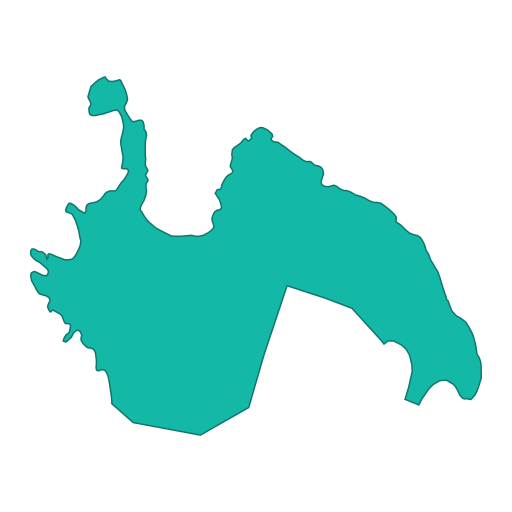 outline of Tapion, Castries, Saint Lucia
{"feature_id": "8701671B53172954238098", "entity_name": "Tapion", "entity_type": "district", "adm_level": 2, "iso_a3": "LCA", "parent_name": "Saint Lucia", "parent_adm1": "Castries", "projection": "robinson", "projection_center": [-61.005, 14.014], "detail": "fine", "context": "isolated", "style": "filled", "palette": "teal", "viewbox_px": 512, "rotation_deg": 0, "n_neighbors": 0, "source": "geoboundaries", "source_scale": "gbopen_adm2", "svg_char_len": 5956}
<svg xmlns="http://www.w3.org/2000/svg" viewBox="0 0 512 512"><path d="M418.8,404.9L420.5,401.9L421.3,399.9L421.9,398.8L425.1,394.3L428.9,388.8L433.1,384.6L439.3,380.9L441.0,380.5L446.7,380.2L448.2,381.3L452.8,383.9L455.3,386.3L457.1,389.4L460.0,395.3L462.8,398.4L464.8,398.9L466.4,398.6L469.0,399.2L470.8,399.5L472.1,398.3L475.0,394.9L476.8,391.6L479.2,384.8L481.3,377.8L481.1,367.8L480.9,363.7L480.5,361.4L479.2,357.8L477.5,355.0L477.0,354.0L475.9,346.5L475.2,343.3L474.1,339.3L473.2,335.6L471.6,332.2L469.1,327.4L466.9,324.0L465.9,322.3L462.8,319.8L460.5,318.2L455.7,315.3L452.6,311.8L451.2,309.8L450.6,307.7L449.6,305.2L448.2,301.0L447.0,300.2L446.0,296.8L442.9,287.7L439.6,276.7L438.4,273.7L438.0,272.4L437.4,271.0L435.4,268.1L433.0,263.7L430.6,259.9L429.9,258.1L429.6,256.7L428.5,254.1L426.0,250.1L424.6,245.0L423.5,242.8L422.6,240.9L420.3,237.4L417.2,235.5L413.3,234.6L409.5,233.0L405.9,230.2L402.1,226.3L399.4,224.0L396.7,222.4L395.6,220.8L396.2,220.0L396.4,218.5L396.2,217.1L394.6,214.7L391.6,211.7L389.0,209.4L385.9,206.9L381.1,203.3L377.5,202.5L373.8,202.4L370.3,201.2L367.8,199.9L364.3,197.8L359.0,195.9L355.5,194.9L349.8,191.6L346.6,190.6L343.6,190.5L340.2,189.0L336.9,186.5L334.3,185.3L333.2,185.4L328.4,186.7L324.8,186.4L321.7,184.6L321.1,181.0L321.8,179.2L322.5,176.8L323.6,174.1L322.8,169.8L321.2,167.4L318.5,166.0L314.9,165.3L312.3,163.2L311.4,162.1L309.0,161.4L307.3,161.7L306.5,161.6L303.7,160.7L299.6,157.5L294.9,154.5L292.2,152.7L289.1,150.4L285.0,147.0L283.5,146.1L280.0,143.8L278.3,142.4L273.6,141.7L271.4,140.3L271.4,138.3L271.8,137.6L272.7,136.5L272.2,134.2L270.7,132.7L267.9,130.3L265.6,129.0L263.2,127.9L261.4,127.5L259.5,127.8L257.2,128.9L256.2,129.6L253.9,131.4L252.4,133.1L251.0,135.4L251.0,136.4L251.8,137.4L250.9,139.0L248.6,141.0L247.1,140.2L245.8,138.3L244.3,139.0L242.8,140.4L240.7,143.1L238.1,145.0L234.1,147.7L232.4,149.8L231.8,154.3L232.4,158.2L231.8,160.2L230.2,166.2L230.7,167.4L231.5,168.5L232.5,170.3L232.7,171.8L231.7,173.4L230.8,173.9L228.6,174.9L227.1,176.2L225.7,177.7L223.5,181.4L221.9,184.7L221.0,188.8L220.1,189.6L218.4,189.3L217.1,189.9L216.0,191.9L215.2,193.3L218.1,197.7L219.3,199.6L220.1,201.6L221.5,206.2L221.4,208.1L220.1,209.5L216.9,210.3L215.0,211.6L213.5,213.8L212.5,216.7L212.0,217.9L212.1,220.7L213.1,223.2L213.9,225.9L213.5,228.0L210.6,231.1L207.7,233.0L203.6,235.2L199.9,236.1L197.2,236.3L196.0,236.3L193.6,235.8L191.7,235.3L183.1,236.1L179.3,236.3L174.5,236.2L171.5,236.0L164.9,232.8L160.7,230.6L157.3,228.8L155.5,227.7L152.6,225.3L149.3,222.4L148.3,221.4L147.3,220.3L145.7,218.2L144.2,216.1L141.5,211.6L140.2,209.8L140.5,207.3L141.4,205.1L144.0,200.3L144.8,198.5L145.9,194.9L146.5,191.2L146.3,189.2L145.9,186.8L146.1,183.8L148.1,180.5L147.4,178.6L146.1,176.6L145.5,175.0L147.9,170.6L146.8,168.0L145.8,166.8L145.2,163.8L145.7,159.3L145.2,154.2L145.3,143.7L145.5,140.7L146.2,136.6L146.5,135.2L146.0,131.9L144.1,129.1L144.0,125.0L143.0,121.6L141.6,120.3L139.2,120.2L136.0,121.2L133.3,121.7L131.8,121.1L129.7,118.2L128.0,115.5L125.0,110.5L124.4,107.2L124.5,106.1L126.1,103.5L127.2,100.7L127.5,99.2L126.9,95.6L126.1,92.8L125.5,90.6L124.3,87.8L121.9,83.1L120.9,80.7L119.7,79.7L117.2,80.5L114.4,81.2L111.7,81.5L108.6,81.1L106.3,78.9L105.1,76.9L103.3,77.5L98.2,80.1L94.4,83.3L91.2,86.3L89.7,90.5L88.7,94.4L88.0,96.2L88.4,98.3L90.3,101.7L90.9,104.1L89.6,107.1L88.9,107.9L89.0,110.7L89.3,112.7L89.8,114.2L91.2,115.3L93.2,115.6L95.3,115.5L96.5,115.3L98.5,114.7L100.5,114.5L104.6,113.5L106.9,112.7L110.7,111.4L112.8,110.7L114.8,110.2L116.6,109.9L118.4,110.9L119.0,111.7L119.6,112.7L121.9,117.1L123.5,124.7L123.6,126.6L123.6,128.4L123.3,129.5L122.5,133.7L121.3,137.7L120.7,141.3L120.9,144.7L121.2,146.1L122.3,152.7L123.1,156.2L123.0,158.6L122.7,161.6L122.3,164.5L121.8,166.1L121.6,167.8L122.1,168.5L124.3,168.8L125.7,168.7L126.8,168.8L127.6,169.4L128.6,171.1L127.8,173.3L126.7,175.5L125.1,178.0L123.6,180.2L121.6,182.2L118.5,186.7L116.5,190.0L115.6,190.7L114.8,190.9L113.1,191.0L109.7,190.9L106.9,192.1L104.9,193.7L103.6,195.8L101.9,197.8L100.8,199.2L97.6,201.2L96.4,201.9L95.3,202.2L92.3,202.9L89.9,203.2L87.3,204.6L86.3,206.5L86.0,208.7L86.1,210.1L85.8,211.7L84.0,213.2L82.3,211.9L78.6,209.8L76.2,207.1L73.7,205.0L71.2,203.6L69.4,203.1L67.7,205.1L66.3,208.0L65.6,210.4L66.4,212.0L68.1,212.4L69.9,213.1L71.0,213.6L72.4,214.5L74.5,218.5L75.3,220.1L75.7,221.2L77.4,226.2L78.5,229.9L78.9,231.6L79.3,233.9L79.4,234.9L80.1,238.2L80.9,241.0L80.4,244.4L79.8,246.7L77.3,252.2L75.3,255.6L73.3,258.3L71.6,259.3L68.5,259.8L65.0,259.8L55.6,256.3L51.5,254.3L48.8,253.8L47.9,254.5L48.1,257.0L47.0,259.1L46.0,255.4L44.5,253.6L42.6,252.1L40.8,251.6L38.9,251.6L37.5,251.1L35.6,249.7L33.4,248.9L31.7,249.2L30.7,251.2L30.7,254.2L31.5,256.0L33.7,258.5L36.3,260.7L39.6,262.4L47.1,268.8L48.4,271.0L48.0,273.9L46.3,275.7L43.1,275.5L39.2,273.6L37.2,272.5L35.9,272.0L34.1,271.5L31.6,272.7L30.8,274.2L30.9,276.9L31.5,280.4L32.7,282.6L34.9,286.5L35.8,288.6L36.5,289.8L38.0,292.2L38.9,293.4L40.5,294.3L45.7,295.7L46.7,296.2L48.1,297.0L48.9,297.6L49.5,298.8L50.1,300.1L49.5,302.0L48.8,303.0L47.8,305.7L47.8,307.7L49.9,311.8L51.1,311.7L51.8,310.5L53.1,310.3L54.7,311.0L60.7,314.4L62.6,317.0L62.9,318.1L64.1,321.5L65.5,323.6L66.5,323.5L69.4,323.8L70.6,325.4L70.5,326.2L69.3,332.4L66.9,334.3L66.0,334.9L63.9,338.5L63.2,341.0L65.8,342.0L67.8,340.5L71.3,337.3L73.7,332.7L77.1,330.0L79.9,331.2L81.7,334.7L81.0,338.8L81.2,340.6L83.0,343.4L85.3,345.8L87.6,347.7L89.7,347.9L92.8,348.8L94.4,350.4L95.5,353.1L95.9,356.0L96.4,360.3L96.4,363.5L96.1,367.6L96.5,370.0L98.2,370.9L100.4,370.1L103.2,369.6L105.0,370.5L106.5,372.4L108.0,376.1L108.9,379.9L109.5,383.4L110.9,393.0L111.6,398.2L111.9,402.6L111.7,403.6L133.2,422.6L200.3,435.1L248.7,407.5L264.0,354.8L287.1,285.7L325.6,298.3L352.0,308.3L381.4,340.7L384.0,344.1L386.8,341.9L388.2,341.0L393.7,341.0L397.9,343.1L401.5,345.0L405.5,348.5L406.7,350.2L409.2,354.4L410.7,359.6L411.9,365.2L412.2,371.5L408.7,387.1L405.0,399.3L418.8,404.9Z" fill="#14b8a6" stroke="#0f766e" stroke-width="1.5"/></svg>